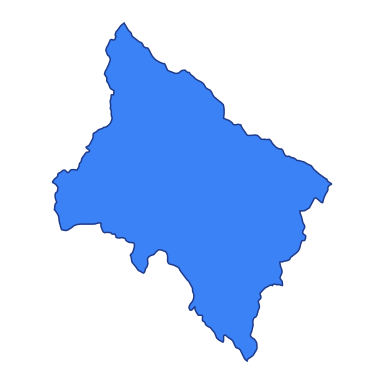 outline of Yen Chau, Son La, Vietnam
{"feature_id": "81297802B99176770386813", "entity_name": "Yen Chau", "entity_type": "district", "adm_level": 2, "iso_a3": "VNM", "parent_name": "Vietnam", "parent_adm1": "Son La", "projection": "equal_earth", "projection_center": [104.318, 20.992], "detail": "fine", "context": "isolated", "style": "filled", "palette": "blue", "viewbox_px": 384, "rotation_deg": 0, "n_neighbors": 0, "source": "geoboundaries", "source_scale": "gbopen_adm2", "svg_char_len": 5958}
<svg xmlns="http://www.w3.org/2000/svg" viewBox="0 0 384 384"><path d="M124.1,23.0L121.0,25.5L119.5,27.4L117.9,29.7L116.1,31.8L115.2,34.4L115.3,35.7L115.8,36.0L116.0,36.3L116.1,36.6L115.5,37.5L115.3,37.9L115.3,38.6L115.1,39.1L114.4,39.8L113.0,40.0L112.0,39.5L111.4,39.5L110.4,39.8L107.8,45.6L106.7,47.3L105.9,49.8L106.1,51.3L106.8,52.9L107.3,54.6L108.1,55.6L108.9,55.9L110.2,58.7L110.2,59.9L110.1,60.4L109.0,63.7L108.2,65.6L106.6,69.1L105.5,70.8L104.8,72.7L104.5,74.4L105.0,74.9L106.9,78.0L106.7,80.6L106.9,81.5L108.4,83.5L109.4,86.1L110.5,88.6L114.0,90.7L113.6,94.8L111.4,94.8L111.2,95.1L111.0,98.2L110.3,100.5L110.2,101.9L110.7,105.8L110.3,108.7L111.1,110.1L111.4,111.9L111.2,114.4L111.7,116.7L112.2,118.2L111.3,121.2L110.1,123.5L108.8,125.0L107.1,126.3L105.3,127.3L103.8,127.3L102.9,128.1L101.6,128.7L98.5,129.7L96.3,131.8L93.5,133.3L93.2,134.1L93.0,137.9L90.3,143.4L88.8,145.6L86.2,146.9L86.1,147.4L86.5,148.1L89.5,150.3L89.6,150.8L89.4,151.3L88.8,151.8L88.1,152.1L86.4,152.3L85.0,153.9L84.4,154.9L83.2,156.4L81.8,158.4L81.4,160.5L80.8,162.0L79.6,163.3L78.7,167.3L77.0,169.9L76.7,170.2L75.1,169.7L71.9,169.6L70.5,170.1L68.6,172.4L67.5,172.5L65.0,170.2L64.2,170.1L62.8,170.4L60.5,172.4L58.2,173.4L57.8,174.6L57.7,175.5L57.5,176.3L56.8,177.2L54.5,179.0L52.7,181.5L52.6,181.9L52.7,182.5L54.5,183.5L56.0,184.6L57.8,187.2L58.0,187.9L57.9,188.6L57.5,190.0L57.4,191.5L57.0,191.9L55.6,193.0L55.1,194.6L55.1,196.7L55.4,198.4L56.7,202.4L56.6,202.8L56.4,203.1L55.6,203.4L54.9,205.3L54.4,209.9L55.2,210.3L56.3,212.2L57.7,214.2L58.4,215.8L58.7,216.8L59.4,222.3L60.2,224.9L60.7,227.1L61.6,229.7L64.1,230.3L66.3,230.5L68.2,229.8L71.6,227.6L74.0,225.6L77.1,224.5L80.3,224.1L91.3,224.1L94.9,224.0L97.5,223.2L100.2,222.8L101.0,223.6L100.9,225.4L101.0,226.3L102.3,230.1L102.7,230.9L103.3,231.8L104.0,232.4L104.6,232.7L106.8,232.3L110.6,232.6L111.6,233.7L112.5,234.1L115.0,234.2L115.8,235.8L115.9,236.6L116.2,237.4L117.6,237.9L119.4,238.0L121.3,237.7L122.8,237.7L124.5,238.3L125.4,238.9L125.8,240.2L127.1,241.3L128.9,242.3L133.6,242.9L134.2,243.4L134.4,244.4L134.3,247.1L133.0,251.7L132.2,253.0L130.8,254.3L130.4,255.3L130.8,255.8L131.1,257.0L131.6,260.4L132.0,262.0L132.4,262.7L135.9,266.9L137.7,269.6L138.6,270.6L140.2,271.3L143.3,273.1L144.2,272.6L145.0,270.9L145.5,268.6L146.4,267.7L147.0,266.6L147.9,263.7L147.5,259.3L147.6,258.5L148.2,257.4L149.2,256.5L151.3,255.3L153.8,254.6L156.2,251.8L158.7,249.8L159.9,249.8L162.0,250.2L165.8,251.8L166.6,253.0L167.4,254.9L167.7,257.6L167.5,260.7L167.9,262.3L168.4,263.1L169.4,264.0L173.4,265.0L177.5,266.9L179.0,268.1L179.9,270.1L181.3,272.2L187.0,279.7L188.8,281.4L192.5,288.2L192.5,290.2L192.8,291.7L193.8,294.4L193.9,295.3L193.9,296.8L193.3,299.4L192.8,300.9L190.6,303.7L189.8,305.0L189.2,306.4L189.0,307.2L189.0,307.9L189.8,309.8L190.4,310.2L191.3,310.1L192.4,309.5L194.6,306.9L195.0,307.1L195.1,308.2L195.1,309.7L196.2,312.0L197.6,314.3L198.1,315.0L198.6,315.2L201.8,315.3L202.2,315.4L202.4,315.8L202.5,317.0L202.5,318.1L202.3,320.0L202.7,321.0L204.0,321.6L204.7,322.3L205.1,322.7L205.3,323.8L205.8,324.8L206.5,325.4L207.7,326.3L210.5,327.8L214.6,332.8L216.7,338.0L219.0,340.1L221.6,341.4L222.4,342.0L223.2,342.0L223.6,340.6L223.6,336.5L223.8,335.8L224.3,335.2L225.4,335.1L228.8,337.9L231.8,339.8L233.3,341.8L234.6,345.0L235.9,347.4L237.1,348.0L238.0,348.2L240.2,349.8L244.6,358.8L246.3,360.5L247.1,361.0L247.9,359.0L248.5,358.4L250.2,357.6L253.1,355.3L256.1,350.5L256.8,348.8L257.0,348.0L256.9,345.0L256.6,342.7L255.9,341.3L254.4,339.2L252.1,337.8L251.5,337.2L250.6,336.0L250.5,335.1L250.5,334.5L251.0,333.0L251.4,332.5L253.1,325.4L252.8,321.5L253.4,319.0L254.0,318.0L254.5,317.6L255.8,316.9L256.9,315.3L257.3,313.5L258.0,311.5L258.0,310.6L258.3,309.9L259.1,308.5L259.4,307.2L259.3,305.4L259.0,304.0L258.3,302.2L258.4,301.6L258.5,301.0L258.8,300.3L259.1,299.8L260.0,299.3L260.6,298.6L261.0,297.1L260.5,295.2L260.0,293.8L260.0,293.3L263.3,289.7L265.2,287.9L270.4,285.1L271.7,285.1L272.0,285.5L272.4,285.6L273.2,284.4L274.4,284.1L275.2,284.1L277.0,284.8L278.6,284.5L282.4,285.5L282.5,284.9L282.2,281.5L280.0,278.2L280.1,277.1L281.9,272.9L282.1,271.5L281.6,269.1L280.5,266.4L279.8,262.7L280.0,261.9L282.1,261.9L284.8,261.1L287.8,260.5L289.6,259.5L290.6,257.4L296.1,253.1L298.2,251.0L299.2,249.3L299.9,247.4L300.6,244.4L301.7,241.3L302.3,240.6L304.3,240.6L304.7,240.4L305.4,238.7L305.7,237.0L305.7,236.4L305.4,235.4L304.3,234.8L303.0,233.5L302.6,232.3L303.1,230.7L304.7,227.4L304.7,226.2L304.3,225.2L302.9,222.6L302.3,220.2L301.6,217.2L300.2,213.3L299.8,211.2L300.0,210.8L301.9,211.0L304.9,210.6L309.4,207.8L314.4,198.3L315.6,197.9L316.6,198.3L321.3,202.3L322.5,202.7L322.8,202.3L323.8,198.2L324.3,197.0L325.8,193.7L327.5,191.1L327.9,189.5L327.9,187.2L328.4,186.4L329.4,185.2L330.8,184.7L331.4,184.2L331.4,183.8L330.2,182.9L328.2,181.7L327.2,180.4L326.9,179.3L325.1,178.3L319.5,174.3L314.1,169.6L311.3,165.8L306.8,163.7L304.2,162.0L299.0,160.6L296.8,160.4L295.6,159.1L293.4,157.8L291.8,157.7L288.9,156.2L287.4,156.4L285.5,155.9L284.1,153.6L282.8,150.3L281.4,149.0L278.7,148.8L275.5,146.8L272.6,143.7L270.7,140.6L269.3,139.3L266.4,139.6L264.6,139.2L262.8,139.4L261.2,139.2L259.4,137.2L257.6,135.5L255.6,135.0L250.7,135.4L247.7,135.4L246.6,134.5L245.3,132.4L242.4,128.4L241.6,127.0L240.9,125.0L240.3,124.7L238.1,124.3L235.5,124.8L234.3,124.8L232.9,124.1L232.0,122.6L229.4,120.7L223.7,118.4L223.8,116.2L224.1,113.5L224.1,109.4L223.7,106.4L223.3,104.7L221.2,102.6L218.3,100.4L214.1,96.9L212.9,95.1L211.3,91.6L209.8,90.0L207.6,89.0L205.9,87.8L203.5,83.7L201.0,81.8L197.3,80.0L195.4,78.8L193.9,77.1L191.6,75.3L190.1,73.9L189.5,72.8L189.1,72.4L187.6,72.4L184.9,70.1L182.4,70.4L181.2,70.9L178.7,73.0L176.6,73.4L175.0,73.3L168.2,70.7L167.5,70.0L166.2,67.3L165.5,65.3L164.5,63.7L162.8,63.5L159.6,62.2L156.4,60.3L154.4,58.7L152.1,55.9L148.7,49.3L147.8,48.1L145.7,47.7L144.2,47.0L143.2,45.9L143.0,44.9L142.1,43.4L141.1,42.5L139.2,41.8L132.2,36.3L130.9,32.7L128.5,30.4L124.1,23.0Z" fill="#3b82f6" stroke="#1e3a8a" stroke-width="1.5"/></svg>